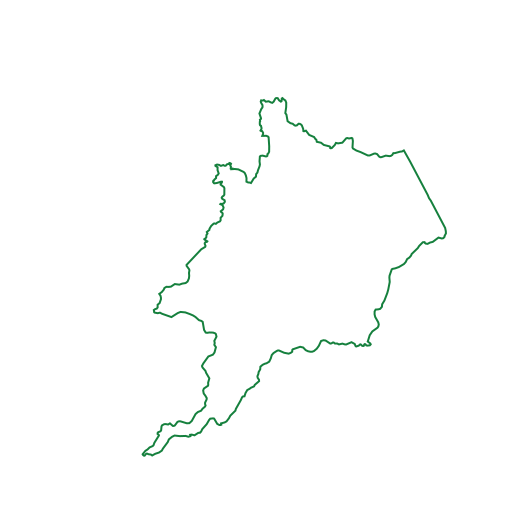 the district of Mchinji, Mchinji, Malawi, rotated 66°
{"feature_id": "42251766B46471952803478", "entity_name": "Mchinji", "entity_type": "district", "adm_level": 2, "iso_a3": "MWI", "parent_name": "Malawi", "parent_adm1": "Mchinji", "projection": "albers", "projection_center": [33.098, -13.779], "detail": "fine", "context": "isolated", "style": "outline", "palette": "green", "viewbox_px": 512, "rotation_deg": 66, "n_neighbors": 0, "source": "geoboundaries", "source_scale": "gbopen_adm2", "svg_char_len": 6136}
<svg xmlns="http://www.w3.org/2000/svg" viewBox="0 0 512 512"><g transform="rotate(66 256 256)"><path d="M219.7,78.0L219.9,80.1L219.3,81.9L218.5,87.3L217.9,88.7L219.1,90.4L219.4,92.1L219.1,93.4L217.1,96.6L216.7,101.2L216.3,102.3L215.2,103.1L212.2,103.9L210.9,105.3L210.5,106.5L210.4,111.3L209.7,112.9L203.6,118.2L200.5,121.4L197.2,123.7L196.1,123.7L190.3,120.7L187.8,120.1L187.1,120.5L186.5,123.2L185.3,124.7L185.2,125.8L187.6,131.0L186.5,135.2L185.2,137.0L186.6,138.8L187.2,140.3L188.2,142.8L188.0,143.9L187.5,144.3L186.8,143.9L185.9,144.1L182.1,148.9L179.0,150.5L176.4,154.0L174.2,153.6L173.2,154.2L171.0,154.5L167.0,158.2L161.8,159.4L161.6,161.4L161.2,161.9L159.1,161.2L155.3,161.0L154.2,161.4L153.1,162.2L152.5,163.3L153.3,165.6L152.9,167.1L152.2,167.7L150.1,168.7L148.7,170.5L145.7,172.3L139.2,170.7L137.4,171.1L132.3,167.9L128.2,166.0L125.9,165.9L123.9,167.1L122.5,167.6L122.6,168.4L124.9,169.6L125.1,170.5L123.2,171.6L120.6,172.0L119.9,173.4L120.1,174.3L122.2,177.1L122.7,178.8L121.9,179.8L119.8,181.5L119.0,184.3L116.7,185.3L116.8,186.5L115.9,188.0L116.9,188.9L118.4,189.0L120.7,188.7L122.1,189.2L122.9,189.7L123.9,191.4L127.2,194.9L132.3,195.4L132.8,195.8L133.1,197.0L134.6,197.4L134.9,197.9L137.0,198.9L138.3,199.1L139.0,198.5L141.4,198.9L142.2,199.4L143.3,200.9L143.8,200.6L144.4,199.6L146.3,199.4L147.4,199.9L148.8,201.4L150.4,197.7L151.8,196.4L152.7,196.2L161.1,199.3L166.1,201.6L167.4,203.2L167.6,204.1L169.1,204.9L169.3,205.7L169.0,206.6L167.0,209.1L166.4,211.1L166.7,212.0L171.0,214.3L174.0,215.2L175.5,216.3L178.6,219.4L180.4,220.8L181.2,222.5L183.5,223.8L184.3,226.6L187.3,230.9L186.4,231.8L185.6,233.3L184.2,234.5L181.0,233.0L178.3,232.5L175.7,232.5L174.2,233.1L169.7,236.9L167.9,240.0L166.8,242.9L166.5,242.6L166.4,243.3L165.9,243.6L164.3,242.6L162.8,242.7L161.6,241.3L160.9,241.6L160.2,242.5L160.9,243.4L160.4,245.0L161.2,247.0L160.7,248.1L159.6,248.9L159.4,251.4L157.8,252.6L156.6,254.4L156.6,256.2L157.2,256.4L159.3,255.0L161.9,256.2L165.4,256.5L166.3,257.8L166.8,260.0L168.6,260.8L169.3,263.1L170.0,263.8L169.9,264.4L170.9,265.1L172.4,264.8L172.7,264.5L173.4,262.0L173.9,257.6L174.3,256.9L175.0,257.3L175.8,259.1L176.4,259.3L180.0,257.3L181.2,257.3L187.1,260.0L187.7,260.9L188.1,262.7L188.9,263.7L190.0,263.6L192.3,262.0L193.8,262.4L194.8,264.1L194.6,265.8L193.9,267.2L194.1,267.5L195.9,265.9L198.5,265.9L200.0,267.1L200.8,270.0L201.5,270.0L203.0,269.2L203.8,269.2L205.6,270.3L206.7,272.8L209.0,273.8L209.7,274.8L209.7,277.7L210.3,279.6L209.4,280.6L209.2,281.5L210.3,284.7L212.1,287.3L213.2,288.0L214.1,291.2L215.8,291.2L216.6,292.7L218.7,293.8L219.2,294.7L219.6,296.4L220.1,296.3L222.8,294.5L223.1,295.0L222.8,296.6L223.4,297.6L224.0,297.9L226.2,298.0L227.0,298.7L227.6,303.3L235.9,323.1L236.8,323.4L241.0,322.5L242.1,322.7L244.2,324.1L247.0,325.1L249.2,326.4L251.5,328.9L252.1,331.3L251.2,334.7L251.0,337.7L248.6,341.6L249.4,346.2L248.7,348.4L247.7,350.4L248.0,352.7L249.2,353.9L250.6,356.7L251.3,359.8L253.5,359.4L255.4,359.8L256.8,360.4L259.8,363.2L260.5,365.7L263.0,366.8L263.7,368.1L263.5,369.7L263.8,371.3L266.0,371.9L266.5,371.6L268.3,369.0L268.7,366.8L270.6,365.3L277.4,358.1L276.3,350.7L276.4,347.7L278.8,343.5L282.2,340.0L284.7,337.7L287.1,336.1L291.4,334.2L293.1,332.3L294.5,331.5L302.4,333.5L305.5,333.1L306.3,331.9L306.9,329.7L308.5,326.4L310.0,324.8L311.0,324.4L313.6,324.9L316.6,328.6L318.7,329.1L320.2,330.2L323.0,329.7L327.3,333.2L328.6,335.5L328.4,340.4L332.7,347.8L334.5,350.1L336.1,350.2L340.4,348.9L342.4,349.1L348.8,348.4L352.3,351.3L354.2,352.0L355.0,352.6L355.9,357.5L357.4,359.0L360.4,359.7L362.9,359.1L365.8,358.8L367.0,359.5L369.2,362.1L370.4,362.7L372.1,362.9L372.9,364.0L373.8,367.0L375.0,369.1L374.9,372.6L375.8,375.5L380.6,381.8L381.6,384.9L380.7,387.2L376.3,392.3L375.7,393.5L375.6,395.2L377.8,399.1L377.8,400.2L377.4,401.1L373.9,402.7L374.2,404.8L372.8,406.9L372.3,408.3L372.5,410.7L373.2,411.6L376.7,413.6L377.3,414.6L377.2,417.0L377.5,417.7L378.5,418.3L379.8,417.6L380.5,417.7L385.3,424.8L387.2,426.6L387.6,427.7L387.6,431.1L388.6,433.7L389.0,436.3L391.0,440.2L391.6,440.2L392.8,439.6L393.1,439.0L392.1,437.0L392.1,436.0L393.4,434.8L394.6,432.8L396.0,432.0L395.7,428.5L396.1,424.6L395.5,421.2L394.1,419.4L390.1,412.3L388.1,410.2L387.0,406.2L386.9,403.4L389.6,398.8L391.8,393.4L393.6,391.3L393.9,389.1L393.6,388.8L392.6,388.8L393.0,387.4L394.8,385.1L394.1,380.7L394.7,379.0L394.2,378.3L394.2,377.7L392.3,375.5L389.6,369.5L386.7,365.5L386.0,364.0L386.9,361.2L387.5,360.4L393.6,359.7L395.5,358.2L396.0,357.1L396.0,356.3L394.7,356.0L395.3,352.3L395.1,350.2L393.2,346.7L391.4,344.4L388.9,337.7L387.5,336.6L381.5,328.5L379.4,326.2L379.0,325.0L379.5,323.6L376.9,321.3L374.9,318.5L374.7,315.8L374.3,314.2L374.3,310.8L373.2,309.5L371.6,304.1L370.3,303.6L367.9,304.0L366.4,303.6L364.7,301.8L363.1,300.8L361.3,298.3L358.9,297.0L358.1,294.2L358.0,291.8L358.3,290.0L357.9,286.9L355.5,284.1L352.9,281.9L351.8,279.5L351.2,275.7L351.2,274.4L351.7,273.4L355.8,269.7L358.5,265.9L358.6,263.7L358.2,261.9L356.5,261.0L356.2,260.4L356.9,252.6L358.8,250.1L362.2,248.9L364.1,247.3L365.5,245.4L366.3,243.6L366.4,241.7L365.4,238.2L363.6,235.1L360.1,231.1L360.4,228.6L361.5,226.8L366.2,223.8L366.5,222.7L366.3,220.8L366.7,220.2L368.1,219.5L369.0,217.4L370.5,216.2L371.2,212.7L372.9,210.8L373.5,209.7L373.6,203.8L376.5,201.6L378.6,201.7L379.4,201.3L379.7,198.7L379.1,196.7L379.5,196.2L381.3,195.5L381.8,194.7L381.9,194.1L380.8,193.0L380.7,192.4L381.2,191.9L382.5,191.6L383.1,190.9L383.9,188.4L383.6,187.6L383.3,187.1L382.3,187.2L379.6,188.7L374.6,184.3L372.2,180.4L370.9,174.1L370.1,172.9L368.5,171.7L366.3,171.3L360.2,171.9L357.5,171.4L354.9,170.2L353.6,168.5L354.5,165.9L354.8,164.1L353.6,161.6L351.4,160.4L349.0,156.9L343.3,151.2L340.4,148.8L334.1,144.4L329.9,142.9L328.3,142.0L323.4,137.4L323.3,136.5L323.9,133.9L324.2,129.9L323.5,124.1L322.4,121.7L320.3,119.2L319.8,116.5L318.7,114.2L317.5,113.0L314.6,105.0L313.2,102.9L311.3,98.0L311.9,96.4L312.8,96.4L313.7,95.9L314.7,94.3L314.5,91.5L315.0,88.8L313.4,81.8L315.6,79.1L315.9,77.6L315.1,75.9L314.4,75.6L312.6,73.3L310.5,72.5L307.3,71.8L276.6,73.8L273.5,74.4L270.0,74.3L232.5,76.8L219.7,78.0Z" fill="none" stroke="#15803d" stroke-width="2"/></g></svg>